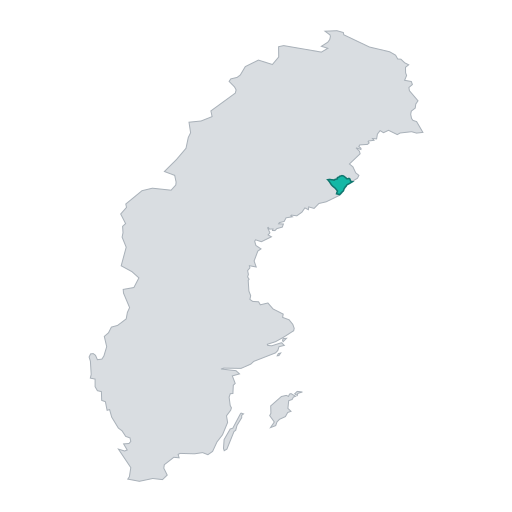 Robertsfors, Västerbotten, Sweden shown in context
{"feature_id": "70781695B17714148738486", "entity_name": "Robertsfors", "entity_type": "district", "adm_level": 2, "iso_a3": "SWE", "parent_name": "Sweden", "parent_adm1": "Västerbotten", "projection": "robinson", "projection_center": [20.776, 64.169], "detail": "fine", "context": "in_parent", "style": "filled", "palette": "teal", "viewbox_px": 512, "rotation_deg": 0, "n_neighbors": 0, "source": "geoboundaries", "source_scale": "gbopen_adm2", "svg_char_len": 4780}
<svg xmlns="http://www.w3.org/2000/svg" viewBox="0 0 512 512"><path d="M95.5,355.3L97.4,359.7L101.9,359.1L103.9,356.0L106.7,346.7L104.3,336.4L108.5,332.8L111.4,327.1L117.6,325.4L126.2,318.9L127.4,312.4L129.6,307.6L123.5,293.1L123.2,289.4L133.9,287.5L138.9,277.9L132.0,271.7L121.2,265.8L126.2,247.2L122.1,237.1L123.0,232.8L122.6,226.3L125.6,223.6L120.7,214.0L126.5,207.4L125.8,204.0L142.0,190.7L152.4,188.2L171.1,190.2L175.8,185.0L176.1,182.1L174.7,175.4L164.4,171.5L176.5,159.5L186.0,148.3L188.3,137.4L190.6,132.8L189.0,122.2L201.1,121.0L212.1,116.6L210.9,110.9L235.3,93.1L236.1,89.9L234.5,86.9L229.1,81.4L230.8,78.9L237.1,77.4L240.3,75.0L245.3,66.6L258.4,60.1L272.4,64.5L278.7,57.0L278.6,46.7L283.7,45.6L321.4,52.1L327.8,48.3L321.4,46.3L327.8,42.2L329.7,39.6L330.4,36.6L330.1,35.0L325.0,31.2L336.9,30.7L343.3,32.5L343.8,34.8L369.4,47.0L389.7,51.8L395.6,55.2L397.7,59.0L400.9,59.2L404.7,62.8L408.7,64.8L405.5,67.3L405.6,72.9L406.6,75.5L404.6,80.3L411.3,81.5L412.4,84.5L408.9,87.5L409.4,90.7L418.0,100.8L415.8,104.0L415.2,108.1L411.3,111.1L410.7,114.3L411.5,118.3L412.8,120.3L416.6,121.6L422.9,132.4L416.5,133.1L411.6,131.7L400.1,133.0L397.3,134.6L388.5,130.3L383.5,132.7L380.1,130.6L377.4,134.1L376.6,138.9L372.5,138.5L374.0,140.3L368.5,141.0L368.1,141.7L369.2,142.9L367.5,144.4L359.8,144.9L358.8,146.5L361.0,148.3L360.9,149.5L356.0,147.8L359.4,151.2L360.1,153.8L349.4,164.0L352.9,166.8L355.7,172.8L358.9,175.4L357.5,178.2L346.5,184.8L340.1,195.0L326.2,201.8L318.9,203.5L314.1,208.4L308.7,206.9L308.4,209.7L304.9,207.9L301.9,212.2L296.8,215.8L291.4,215.1L290.8,215.8L292.4,216.8L286.1,217.8L284.1,221.5L279.4,222.6L278.6,223.8L283.4,224.0L282.3,227.1L276.9,228.6L274.9,230.6L272.5,230.5L273.0,229.0L269.4,229.1L268.3,227.4L267.6,227.8L269.9,232.8L268.1,234.9L271.4,236.8L261.4,241.7L255.5,239.8L254.7,241.3L255.9,245.5L261.0,248.9L257.8,251.1L254.1,261.0L256.2,267.0L249.4,265.7L249.9,267.9L247.6,270.6L248.4,274.4L247.6,276.9L249.1,279.2L248.2,280.4L248.9,291.1L250.7,295.7L249.9,299.4L252.7,301.4L258.6,301.8L260.3,304.8L267.9,303.0L273.1,309.0L283.2,314.1L282.6,317.4L289.1,319.8L292.8,324.4L294.2,328.3L293.7,330.7L283.4,337.3L275.5,341.7L267.3,344.3L267.7,345.4L271.7,345.8L281.5,342.7L284.3,345.4L279.0,346.7L277.8,350.5L275.5,352.9L253.7,361.4L250.8,364.1L241.0,368.4L223.7,368.1L221.0,369.0L236.0,370.7L239.5,373.9L232.3,375.9L235.2,383.4L233.3,385.2L232.9,393.5L230.3,393.7L229.1,397.1L230.2,405.5L231.4,407.8L230.7,410.2L226.5,415.8L227.6,422.5L222.5,434.8L217.0,441.9L212.6,451.4L207.9,454.7L202.6,452.6L194.6,453.8L180.0,453.4L178.1,454.4L179.1,457.8L173.8,457.3L164.3,464.7L163.8,468.2L167.2,475.1L162.5,479.6L152.7,478.5L139.4,481.3L127.8,479.1L129.4,476.7L130.8,467.6L118.4,449.1L124.6,451.0L127.2,450.0L123.6,443.9L129.0,443.5L130.8,441.4L130.0,437.9L125.7,436.4L122.1,430.9L118.3,428.0L111.7,417.1L109.6,409.6L107.1,410.3L105.4,401.7L101.7,400.4L101.4,391.6L97.4,390.7L95.1,386.7L95.1,379.1L90.3,378.1L91.2,374.5L90.4,361.2L89.1,357.0L90.6,353.9L93.2,353.6L95.5,355.3ZM295.6,396.3L293.4,397.1L292.1,399.5L288.7,400.7L287.9,408.4L291.0,411.3L287.7,412.5L285.4,416.6L279.5,419.3L277.0,421.9L275.7,425.6L270.5,427.6L274.3,422.0L269.7,415.6L270.9,413.3L270.7,405.9L281.4,396.5L286.3,395.4L288.5,396.4L289.5,394.1L291.0,393.6L295.6,396.3ZM226.9,449.1L224.2,450.7L223.5,448.4L224.1,439.6L230.2,429.0L232.8,428.2L240.3,414.0L241.1,413.1L243.5,413.9L241.7,415.3L241.7,417.7L237.0,425.4L235.7,430.3L234.0,431.5L226.9,449.1ZM297.8,393.4L297.3,395.5L294.7,393.8L297.2,391.4L302.4,392.0L297.8,393.4ZM286.5,338.3L283.1,341.7L282.5,340.3L283.2,338.6L286.5,338.3ZM278.9,355.6L277.2,355.8L278.4,353.6L280.7,353.0L278.9,355.6Z" fill="#d9dde1" stroke="#a8b0b8" stroke-width="1"/><path d="M327.7,179.7L328.1,180.1L328.7,180.9L329.4,181.7L330.6,183.6L331.3,184.7L332.5,186.0L333.7,187.0L335.0,188.0L335.7,188.8L336.5,189.8L337.1,190.5L337.5,191.0L337.3,191.6L337.0,192.2L336.7,193.2L336.5,193.8L337.7,194.1L338.3,194.2L338.9,194.5L339.5,194.6L340.2,194.0L340.8,193.6L340.9,193.1L341.7,192.7L342.0,192.2L342.3,191.7L343.0,191.3L343.4,190.8L343.6,190.4L343.8,189.6L344.0,189.1L344.2,188.5L344.5,188.1L344.9,187.8L345.3,186.8L346.0,186.5L346.3,185.6L346.8,185.1L347.1,184.7L347.7,184.4L348.5,184.0L349.3,183.6L350.0,183.2L351.1,182.5L352.5,181.7L351.5,181.5L350.7,181.1L350.3,180.3L350.1,179.6L349.8,178.9L349.3,178.5L348.8,178.4L348.0,178.7L347.6,178.8L346.8,178.8L346.4,178.6L346.3,178.2L345.8,177.7L345.0,177.1L344.1,176.4L343.6,176.0L342.9,175.8L341.9,175.6L340.5,176.1L339.6,176.3L339.3,176.8L338.6,177.2L338.1,177.3L337.4,177.7L337.4,178.3L337.4,178.8L337.1,178.9L336.6,179.0L335.5,179.3L334.8,179.5L334.6,179.9L334.4,180.1L333.6,180.1L333.2,179.8L332.2,179.8L331.4,179.7L330.3,179.5L329.6,179.4L328.4,179.6L327.7,179.7Z" fill="#14b8a6" stroke="#0f766e" stroke-width="1.5"/></svg>